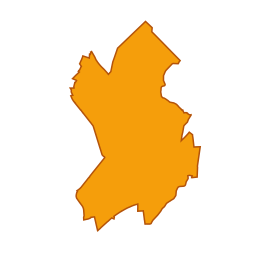 Helmond, Noord-Brabant, Netherlands, rotated 75°
{"feature_id": "6326949B31180787122352", "entity_name": "Helmond", "entity_type": "district", "adm_level": 2, "iso_a3": "NLD", "parent_name": "Netherlands", "parent_adm1": "Noord-Brabant", "projection": "albers", "projection_center": [5.662, 51.474], "detail": "fine", "context": "isolated", "style": "filled", "palette": "amber", "viewbox_px": 256, "rotation_deg": 75, "n_neighbors": 0, "source": "geoboundaries", "source_scale": "gbopen_adm2", "svg_char_len": 5321}
<svg xmlns="http://www.w3.org/2000/svg" viewBox="0 0 256 256"><g transform="rotate(75 128 128)"><path d="M205.3,194.5L205.3,194.3L205.4,193.8L205.4,193.2L205.5,190.7L205.6,190.4L205.5,189.7L205.5,189.2L205.4,188.7L205.3,188.1L205.2,187.6L204.8,186.7L204.7,186.7L205.2,183.4L218.4,183.9L218.3,183.7L219.3,183.7L218.7,182.7L218.0,181.2L217.6,180.5L217.1,179.7L214.8,175.2L214.4,174.4L214.0,173.6L213.2,172.1L212.9,171.3L211.7,169.1L211.3,168.3L210.7,167.0L212.2,165.1L210.6,164.3L209.7,164.5L209.3,163.6L208.7,162.0L207.6,158.8L207.1,157.3L206.9,156.6L206.7,156.1L206.8,156.1L206.0,153.2L205.6,151.6L205.4,150.7L205.2,149.9L204.9,148.2L204.7,146.5L204.4,144.9L204.2,143.2L204.1,142.3L204.1,141.5L204.0,140.3L204.1,138.8L204.0,138.3L205.4,138.6L207.1,139.0L208.7,139.5L210.9,140.1L212.0,134.7L212.5,134.8L212.8,134.9L213.2,134.9L213.6,134.9L220.3,135.8L220.6,135.9L221.0,135.9L221.3,135.9L225.2,136.4L225.3,136.0L225.4,135.5L225.5,135.1L226.4,131.8L226.4,131.5L226.4,131.2L226.4,130.9L226.3,130.6L226.1,130.3L225.9,130.1L224.4,128.8L224.2,128.5L223.9,128.2L223.6,127.9L223.4,127.6L220.1,122.3L219.7,121.7L216.9,118.0L216.4,117.5L215.5,116.6L215.3,116.4L214.9,116.0L214.7,115.7L214.4,115.2L213.7,113.7L213.5,113.4L213.3,113.1L213.1,112.8L212.8,112.5L211.3,110.9L211.0,110.6L210.8,110.3L210.6,110.0L210.5,109.6L209.5,106.8L209.4,106.1L209.2,105.7L209.0,105.2L208.3,102.7L208.1,102.2L208.0,101.9L207.8,101.8L206.0,99.7L205.8,99.5L205.7,99.4L205.2,99.1L201.9,97.9L201.5,97.8L201.4,97.7L201.1,97.6L199.0,95.8L198.3,95.1L198.0,94.5L197.9,93.9L197.9,93.1L198.6,89.4L198.6,88.6L198.4,88.0L198.3,87.8L197.8,87.2L197.4,87.0L195.4,85.9L195.0,85.7L194.7,85.4L192.9,83.5L192.3,83.0L191.5,82.8L189.6,82.6L189.6,80.9L190.0,80.1L190.9,78.4L192.2,79.3L192.4,79.4L192.5,79.2L193.3,73.9L185.6,71.5L184.0,71.0L182.7,70.8L182.3,70.6L164.8,63.1L163.4,69.2L154.0,67.8L152.7,67.7L151.5,67.5L151.2,67.4L150.1,68.2L147.9,69.9L149.0,71.4L149.9,72.8L150.8,74.2L151.7,75.7L152.3,76.7L153.2,78.4L154.0,79.8L149.9,78.1L149.5,78.0L146.2,76.2L141.0,73.8L140.4,73.5L140.0,73.0L137.9,69.5L137.6,69.0L137.1,68.7L135.7,67.7L135.4,67.5L135.2,67.3L131.9,63.8L131.7,64.0L131.5,63.9L131.5,64.2L131.2,65.0L131.0,65.3L130.6,65.8L129.9,66.3L129.7,66.4L129.6,66.6L129.5,66.8L129.4,66.9L129.3,67.0L129.1,67.0L128.9,67.0L128.8,66.9L128.7,67.0L128.2,67.8L128.2,68.0L128.1,68.3L128.0,68.7L127.9,70.0L125.6,70.4L124.7,70.5L124.7,70.9L124.9,71.1L124.5,71.4L124.1,71.6L123.8,71.8L123.6,71.7L122.9,72.1L121.1,73.3L120.1,73.7L120.0,73.8L119.8,73.8L119.2,74.3L118.5,74.6L118.1,74.7L118.0,74.8L117.3,75.4L115.7,77.2L115.6,77.3L115.3,78.0L113.9,80.8L113.8,81.0L113.6,81.1L113.3,81.3L112.9,81.6L111.7,82.4L111.5,82.6L110.2,83.7L109.1,84.7L108.7,85.1L108.5,85.3L108.3,85.7L108.2,85.9L107.9,86.4L107.9,86.5L106.4,87.4L106.3,87.5L102.1,87.1L101.8,87.1L101.7,87.1L101.4,87.0L100.8,86.7L100.1,86.4L99.5,86.2L98.0,85.7L97.7,85.6L97.5,85.4L97.3,85.3L97.1,85.1L96.9,84.8L96.8,84.6L96.7,84.3L96.6,84.1L96.6,83.9L96.6,83.6L96.6,82.5L96.6,82.1L96.6,81.8L96.5,81.6L96.4,81.5L96.3,81.3L96.1,81.2L95.9,81.0L95.6,80.9L95.3,80.9L95.1,80.9L91.5,81.4L91.1,81.4L90.8,81.3L87.2,80.3L86.9,80.3L86.7,80.2L86.4,80.0L86.2,79.8L83.1,77.4L82.9,77.2L82.7,77.0L82.5,76.8L82.3,76.6L80.2,73.2L77.6,68.9L77.5,68.7L77.4,68.5L77.4,68.3L77.4,68.2L77.4,67.9L77.4,67.6L78.9,62.9L78.5,62.5L78.4,62.6L77.9,62.1L77.7,61.8L77.5,61.7L77.2,61.2L76.4,60.2L75.3,60.8L64.9,66.7L64.7,66.8L45.0,77.9L41.2,80.1L37.4,78.7L29.6,83.5L48.2,117.4L56.7,123.1L60.3,125.6L69.1,130.0L71.1,133.1L70.0,133.5L68.4,134.3L66.2,135.4L64.7,136.2L62.4,137.6L61.1,138.3L60.3,138.7L58.8,139.4L56.4,140.4L54.8,140.9L54.0,141.2L53.6,141.3L51.0,141.7L50.2,141.9L49.4,142.1L44.7,143.4L45.0,144.4L45.3,144.3L45.5,144.4L45.7,144.5L47.1,145.4L46.7,146.0L50.4,147.3L46.8,152.8L46.7,153.0L47.8,153.6L50.6,155.7L51.1,156.2L52.9,157.6L53.3,157.8L53.5,158.1L56.4,157.1L56.9,157.8L57.1,157.8L59.6,159.9L59.6,160.1L59.6,160.4L59.8,160.6L59.9,160.8L60.6,161.4L61.4,160.6L63.6,164.8L66.0,168.8L68.5,165.6L68.9,165.4L70.5,167.3L70.3,167.6L70.5,167.7L73.8,169.5L74.0,169.6L75.4,169.8L74.5,173.5L76.5,172.9L78.5,173.5L82.1,172.9L82.0,174.2L82.1,174.3L82.1,174.9L85.5,174.4L86.8,174.0L87.9,173.7L88.6,173.3L89.4,172.9L89.8,172.7L89.8,172.9L98.4,169.1L98.4,168.9L98.7,168.8L102.1,167.5L102.1,167.4L102.4,167.3L113.2,162.7L113.3,162.6L113.6,162.5L115.1,161.9L116.1,161.5L116.4,161.3L116.6,161.3L117.3,161.1L117.9,161.1L119.9,161.0L130.9,160.6L138.8,160.3L143.1,160.1L143.3,160.1L143.5,160.1L146.6,160.0L147.0,159.9L147.3,159.9L147.6,159.8L147.9,159.6L148.2,159.5L149.7,158.4L149.8,158.3L149.8,158.2L150.3,158.1L150.6,158.2L150.7,158.3L160.4,171.5L161.1,172.5L161.7,173.3L164.6,177.2L164.8,177.4L165.1,177.7L165.2,177.9L165.7,178.6L165.8,178.5L166.0,179.0L166.3,179.5L167.7,181.3L168.8,182.8L170.2,184.7L172.8,188.2L173.2,188.7L173.5,189.3L173.9,189.9L174.0,190.1L174.4,191.0L174.7,191.7L175.0,192.5L175.2,193.1L175.4,193.6L176.4,193.3L176.5,193.5L176.7,193.8L176.9,194.0L177.1,194.2L177.3,194.3L177.6,194.5L179.2,195.3L180.0,195.6L180.8,195.8L181.1,195.8L181.6,195.8L182.1,195.8L182.5,195.8L182.7,195.7L183.3,195.5L187.9,193.8L191.1,192.5L191.5,192.4L192.1,192.2L192.6,192.1L193.1,192.0L193.5,192.0L194.6,191.9L195.1,192.0L195.6,192.0L200.7,193.0L201.3,193.1L201.7,193.3L202.9,194.0L203.4,194.1L205.3,194.5Z" fill="#f59e0b" stroke="#b45309" stroke-width="1.5"/></g></svg>